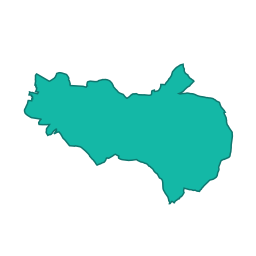 outline of Aiton, Cluj, Romania, rotated 7°
{"feature_id": "2599482B48595612895223", "entity_name": "Aiton", "entity_type": "district", "adm_level": 2, "iso_a3": "ROU", "parent_name": "Romania", "parent_adm1": "Cluj", "projection": "equal_earth", "projection_center": [23.738, 46.677], "detail": "fine", "context": "isolated", "style": "filled", "palette": "teal", "viewbox_px": 256, "rotation_deg": 7, "n_neighbors": 0, "source": "geoboundaries", "source_scale": "gbopen_adm2", "svg_char_len": 5642}
<svg xmlns="http://www.w3.org/2000/svg" viewBox="0 0 256 256"><g transform="rotate(7 128 128)"><path d="M168.2,62.6L167.1,64.1L165.4,66.7L165.2,67.4L165.2,68.1L164.9,69.3L164.9,70.1L164.4,71.4L163.4,73.4L162.7,74.1L162.2,75.5L161.6,76.6L160.3,78.4L159.5,80.4L159.3,80.5L156.9,80.6L155.3,80.8L155.4,82.0L155.4,82.6L155.1,84.4L154.9,84.9L154.1,86.5L153.8,86.9L153.5,87.2L152.6,87.8L149.9,88.5L149.6,88.1L149.5,87.2L148.0,87.8L147.2,88.3L147.1,88.6L147.2,91.0L147.2,91.6L146.9,92.1L146.7,92.4L145.8,92.8L144.5,93.0L140.4,93.1L137.9,93.4L134.3,93.7L132.3,93.0L131.8,92.9L130.5,93.4L130.3,93.3L129.9,93.3L129.7,93.5L129.1,93.5L128.7,93.6L128.2,93.8L128.1,94.2L127.0,94.9L126.6,95.5L125.4,96.9L123.9,98.2L123.7,98.5L123.1,98.6L121.2,97.3L119.2,95.3L115.3,94.3L114.0,93.6L112.2,91.9L110.9,91.0L110.3,90.4L108.6,88.9L108.1,87.7L106.5,85.4L106.1,85.0L104.1,83.4L101.6,82.7L99.7,82.6L98.2,82.9L96.9,83.0L96.1,83.4L93.2,84.5L92.1,85.5L91.5,85.7L89.5,86.0L84.7,86.1L82.7,86.9L82.3,87.2L82.1,87.6L81.9,89.7L81.9,90.0L82.0,90.4L82.5,91.1L82.1,91.3L81.9,91.5L81.4,92.6L78.5,92.1L65.6,92.9L65.4,92.3L65.1,91.8L65.2,91.2L65.0,90.7L64.1,88.6L63.8,88.0L63.2,87.6L63.1,87.3L63.2,86.1L63.0,85.4L62.0,84.1L60.9,82.8L60.1,82.3L55.8,81.5L54.4,81.4L52.9,81.5L50.7,82.5L50.5,82.9L50.4,84.0L49.8,85.5L49.6,86.3L49.2,86.8L49.0,87.3L45.9,90.0L44.9,90.7L44.1,91.2L31.8,85.9L30.8,85.5L30.6,85.5L29.8,87.0L29.8,87.5L30.1,89.6L30.2,91.4L30.6,92.7L30.4,96.7L31.4,96.6L31.5,97.0L31.4,98.4L32.4,99.0L32.6,99.5L32.3,100.4L32.6,101.2L32.2,102.1L31.9,103.0L34.7,103.3L34.1,105.0L33.4,105.0L29.8,104.6L29.0,104.6L28.7,104.4L27.5,104.7L27.0,104.6L26.1,104.2L25.9,104.2L26.1,104.9L25.7,107.2L28.4,107.2L28.5,107.4L28.4,108.6L29.4,108.6L29.8,110.6L29.0,110.6L29.1,112.7L26.2,112.8L25.6,112.9L25.2,116.5L24.6,117.9L24.4,118.8L24.0,119.8L24.0,120.2L23.3,121.8L23.2,122.3L23.1,122.6L23.2,123.7L23.7,125.0L24.3,126.0L24.5,126.1L25.3,126.8L26.8,127.7L30.1,129.2L31.0,129.5L31.5,129.5L40.5,129.8L40.6,130.0L40.1,130.4L39.8,131.0L38.7,133.4L38.9,134.5L39.3,135.3L42.9,135.1L45.7,134.7L47.1,134.6L47.8,134.4L49.7,134.1L48.7,136.2L48.0,137.2L47.3,138.5L47.2,139.1L47.4,140.7L47.3,141.7L47.3,142.3L47.6,142.8L47.9,143.3L49.3,145.1L49.7,144.8L50.8,144.2L51.9,144.0L52.5,143.6L52.9,143.0L53.4,142.4L54.1,140.9L55.0,139.6L56.6,138.0L56.9,137.8L57.1,137.9L57.0,138.1L57.2,138.7L57.3,139.1L57.0,139.7L57.0,140.0L56.5,140.5L56.4,141.1L55.9,141.7L55.6,142.4L55.9,142.5L56.2,142.2L58.2,140.8L59.2,140.5L60.1,140.4L61.4,141.7L62.1,142.3L62.5,143.0L63.1,143.7L64.7,146.0L67.0,147.7L72.1,152.7L77.5,152.5L77.8,152.1L83.1,152.5L84.6,153.3L88.5,155.9L91.8,158.5L93.1,159.8L93.3,160.4L93.5,160.7L96.4,163.3L97.6,164.0L98.0,164.6L98.3,164.8L98.8,165.4L99.7,166.2L100.5,167.4L101.5,168.2L101.8,168.6L103.8,167.4L104.4,167.2L105.3,166.7L106.7,165.7L108.2,165.0L108.5,164.8L109.0,164.1L109.5,163.2L109.8,162.5L110.2,160.7L110.7,160.3L111.4,160.2L111.8,160.5L112.1,160.4L112.9,160.1L116.2,157.6L117.3,156.5L118.7,155.6L121.0,156.6L121.9,156.9L122.2,156.9L122.3,157.0L122.2,158.4L122.4,159.0L122.6,159.1L123.6,159.6L124.7,159.9L125.8,160.1L132.6,160.1L136.1,159.4L139.0,158.6L140.4,158.3L141.6,159.0L144.8,160.1L147.2,160.3L148.9,160.9L150.5,161.1L151.2,161.4L152.4,162.3L153.4,163.3L154.8,163.6L155.2,164.0L155.3,164.2L156.0,164.6L157.5,165.6L158.3,166.4L158.7,167.2L160.1,168.5L162.0,169.8L162.5,169.7L165.3,173.7L166.9,174.3L167.7,174.8L168.5,175.9L168.7,176.3L168.9,177.3L169.2,178.1L169.3,178.9L169.6,180.7L169.9,182.4L170.2,183.9L170.6,184.8L170.9,185.4L172.5,187.5L172.7,187.9L175.2,190.7L175.9,191.5L176.3,192.2L177.0,193.9L177.4,195.2L177.8,195.8L178.6,197.0L178.6,197.6L178.4,198.0L178.7,198.0L179.0,197.8L180.2,195.7L180.5,195.5L180.8,195.5L182.8,196.4L183.0,196.7L183.2,197.2L183.1,196.6L183.2,196.1L183.7,195.0L184.5,194.1L185.2,193.7L185.8,192.8L186.5,192.4L187.2,192.2L187.4,192.0L187.7,191.6L187.4,191.3L187.6,190.9L188.8,189.7L189.0,189.8L189.3,189.5L189.8,188.9L190.2,188.3L191.5,185.3L191.4,185.1L190.9,184.1L190.8,183.5L190.8,182.5L191.0,181.4L191.0,180.9L194.7,181.4L196.5,181.7L198.3,181.5L200.1,181.9L200.8,181.9L201.8,181.6L202.4,181.6L204.1,182.2L206.7,182.2L206.9,181.6L207.3,180.7L208.2,179.8L208.7,178.6L209.5,177.6L210.5,176.0L211.4,174.9L212.2,173.9L213.9,171.8L214.8,170.6L215.4,169.9L216.0,169.5L217.7,168.9L219.0,168.3L220.7,166.9L221.6,166.0L221.9,165.3L222.3,164.4L222.5,161.2L222.8,160.5L223.3,158.6L223.3,157.7L222.9,156.6L222.8,155.9L222.9,155.0L223.7,151.9L224.0,150.4L224.4,149.2L224.7,148.8L226.8,147.4L227.3,147.4L231.6,144.9L232.0,144.4L232.5,143.6L232.6,142.6L232.6,141.2L232.9,139.2L232.9,138.3L232.8,135.0L232.6,133.3L232.5,132.0L232.6,126.3L232.6,123.6L232.4,122.3L232.1,121.0L231.9,119.5L228.6,115.8L227.0,113.6L226.4,113.1L225.8,112.1L225.0,109.9L224.9,108.5L224.7,108.0L224.1,105.8L221.8,102.2L221.6,101.6L221.4,100.9L222.5,100.5L222.4,100.4L221.8,99.6L221.6,99.2L217.7,95.6L216.5,93.4L215.7,91.6L215.5,91.4L214.0,90.9L212.6,90.5L211.0,89.4L210.0,89.1L208.9,88.5L208.4,88.4L206.2,88.2L204.2,88.3L203.1,88.2L202.3,88.3L199.6,88.0L195.6,87.9L193.1,87.5L190.4,86.6L188.5,86.2L186.7,86.2L185.8,86.3L183.8,86.1L182.8,86.1L182.3,86.1L180.7,86.7L177.6,87.2L175.9,87.8L175.2,87.8L174.4,87.6L175.4,87.1L176.7,86.2L178.6,84.5L179.7,82.9L181.7,80.5L182.5,79.8L183.7,79.0L184.2,78.5L184.7,77.5L186.1,75.7L187.3,74.0L187.6,73.9L187.7,73.6L187.2,72.9L185.8,72.3L184.6,71.5L183.5,71.0L182.8,70.6L182.1,69.6L181.1,68.6L181.0,68.1L179.1,67.2L178.2,66.6L177.3,65.4L176.9,64.6L176.7,63.6L176.7,62.6L175.7,61.1L175.4,60.5L175.3,59.7L174.9,58.0L174.5,58.2L173.1,58.7L172.1,59.2L169.7,61.3L168.8,61.9L168.4,62.5L168.2,62.6Z" fill="#14b8a6" stroke="#0f766e" stroke-width="1.5"/></g></svg>